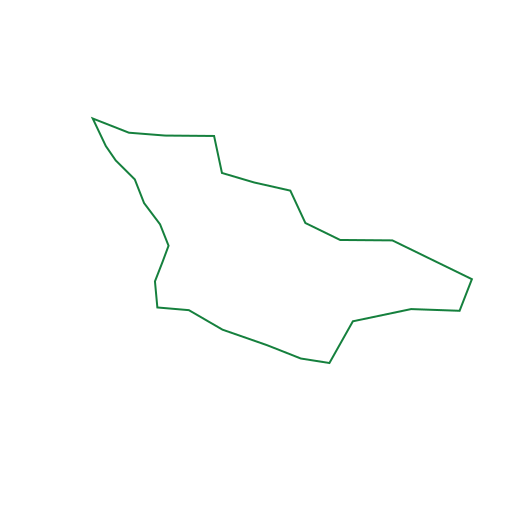 the district of Temvria, Nicosia, Cyprus, rotated 206°
{"feature_id": "46923920B57973274599513", "entity_name": "Temvria", "entity_type": "district", "adm_level": 2, "iso_a3": "CYP", "parent_name": "Cyprus", "parent_adm1": "Nicosia", "projection": "natural_earth1", "projection_center": [32.889, 35.023], "detail": "fine", "context": "isolated", "style": "outline", "palette": "green", "viewbox_px": 512, "rotation_deg": 206, "n_neighbors": 0, "source": "geoboundaries", "source_scale": "gbopen_adm2", "svg_char_len": 523}
<svg xmlns="http://www.w3.org/2000/svg" viewBox="0 0 512 512"><g transform="rotate(206 256 256)"><path d="M322.1,166.5L292.6,177.9L253.8,175.1L206.8,180.7L170.8,183.5L143.1,192.0L140.3,239.8L93.3,276.3L49.0,296.0L51.8,329.8L101.6,329.8L140.3,329.8L187.4,307.3L226.1,307.3L253.8,329.8L289.8,321.3L323.0,315.7L346.3,345.5L390.5,324.4L424.3,311.1L463.0,308.0L439.2,289.0L424.0,280.4L398.5,271.7L379.8,254.5L356.1,242.4L339.1,226.9L337.4,209.6L335.7,188.9L322.1,166.5Z" fill="none" stroke="#15803d" stroke-width="2"/></g></svg>